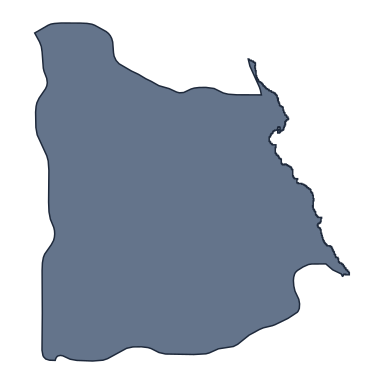 Santa Cruz de Barahona, Barahona, Dominican Republic
{"feature_id": "3306468B33433581758578", "entity_name": "Santa Cruz de Barahona", "entity_type": "district", "adm_level": 2, "iso_a3": "DOM", "parent_name": "Dominican Republic", "parent_adm1": "Barahona", "projection": "robinson", "projection_center": [-71.102, 18.188], "detail": "fine", "context": "isolated", "style": "filled", "palette": "slate", "viewbox_px": 384, "rotation_deg": 0, "n_neighbors": 0, "source": "geoboundaries", "source_scale": "gbopen_adm2", "svg_char_len": 5951}
<svg xmlns="http://www.w3.org/2000/svg" viewBox="0 0 384 384"><path d="M55.2,360.4L55.8,358.4L57.1,356.5L58.1,355.9L60.4,355.4L62.8,355.8L70.1,359.2L76.8,360.4L92.6,361.0L103.0,360.2L107.5,358.7L126.6,348.3L133.0,346.9L141.5,346.8L148.1,347.6L151.2,348.6L158.9,352.5L165.5,354.0L193.8,354.5L206.0,353.8L209.3,352.9L218.5,348.8L233.4,346.5L237.7,344.3L249.1,335.1L259.4,329.5L263.4,327.8L272.3,325.7L275.0,324.7L288.1,318.3L297.2,312.3L298.1,311.2L299.3,308.5L299.6,303.9L298.8,299.3L295.0,291.2L293.8,286.0L293.4,280.6L293.7,277.2L294.6,274.0L295.4,272.5L297.4,270.5L303.1,266.9L308.5,264.5L311.8,264.0L325.8,263.9L332.8,269.9L341.2,273.9L342.7,276.8L342.7,275.5L343.3,275.5L343.3,274.8L343.9,274.8L343.9,274.2L345.7,274.2L345.7,274.8L349.3,274.8L349.3,272.8L348.7,272.8L348.7,271.4L347.5,271.4L347.5,270.0L346.3,270.0L346.3,269.3L345.7,269.3L345.7,267.9L344.5,267.9L344.5,266.5L343.9,266.5L343.9,265.8L343.3,265.8L343.3,264.5L342.1,264.5L342.1,263.8L341.5,263.8L341.5,263.1L339.7,263.1L339.7,262.4L339.1,262.4L339.1,261.7L338.5,261.7L338.5,258.9L337.9,258.9L337.9,257.5L336.1,257.5L336.1,256.9L335.5,256.9L335.5,254.8L334.9,254.8L334.9,254.1L334.3,254.1L334.3,252.0L333.7,252.0L333.7,251.3L333.1,251.3L333.1,249.9L332.5,249.9L332.5,248.5L331.9,248.5L331.9,247.2L331.3,247.2L331.3,246.5L330.1,246.5L330.1,245.8L327.1,245.8L327.1,245.1L326.5,245.1L326.5,244.4L325.9,244.4L325.9,243.7L325.2,243.7L325.2,243.0L324.6,243.0L324.6,242.3L324.1,242.3L324.1,240.9L323.4,240.9L323.4,239.6L322.8,239.6L322.8,237.5L322.2,237.5L322.2,235.4L321.6,235.4L321.6,233.3L321.0,233.3L321.0,229.9L320.4,229.9L320.4,228.5L319.8,228.5L319.8,227.8L318.6,227.7L318.6,227.1L318.0,227.1L318.0,225.7L317.4,225.7L317.4,225.0L318.0,225.0L318.0,223.6L319.2,223.6L319.2,222.9L320.4,222.9L320.4,221.6L321.0,221.6L321.0,218.1L321.6,218.1L321.6,217.4L318.0,217.4L318.0,216.7L317.4,216.7L317.4,216.0L316.8,216.0L316.8,215.3L316.2,215.3L316.2,214.6L315.6,214.6L315.6,211.9L315.0,211.9L315.0,211.2L314.4,211.2L314.4,209.8L313.8,209.8L313.8,209.1L313.2,209.1L313.2,207.0L312.6,207.0L312.6,205.7L313.2,205.7L313.2,200.8L313.8,200.8L313.8,198.7L313.2,198.7L313.2,195.3L312.6,195.3L312.6,193.2L312.0,193.2L312.0,192.5L311.4,192.5L311.4,191.8L310.8,191.8L310.8,189.7L310.2,189.7L310.2,189.0L309.0,189.0L309.0,188.4L308.4,188.4L308.4,187.7L307.2,187.7L307.2,187.0L306.6,187.0L306.6,186.3L306.0,186.3L306.0,185.6L304.8,185.6L304.8,184.9L303.6,184.9L303.6,184.2L301.8,184.2L301.8,183.5L298.2,183.5L298.2,182.8L296.9,182.8L296.9,179.4L297.6,179.4L297.6,178.7L294.5,178.7L294.5,178.0L293.9,178.0L293.9,177.3L293.3,177.3L293.3,175.9L292.7,175.9L292.7,169.7L292.1,169.7L292.1,169.0L291.5,169.0L291.5,167.6L290.9,167.6L290.9,166.9L289.7,166.9L289.7,166.2L288.5,166.2L288.5,165.5L287.3,165.5L287.3,164.8L286.1,164.8L286.1,164.1L284.3,164.1L284.3,164.8L282.5,164.8L282.5,164.1L281.9,164.1L281.9,163.4L281.3,163.4L281.3,159.3L280.7,159.3L280.7,158.6L279.5,158.6L279.5,157.9L278.9,157.9L278.9,156.5L278.3,156.5L278.3,155.8L277.7,155.8L277.7,155.1L276.5,155.1L276.5,153.8L275.9,153.8L275.9,153.1L275.3,153.1L275.3,147.5L275.9,147.5L275.9,144.8L272.3,144.8L272.3,144.1L271.7,144.1L271.7,143.4L270.5,143.4L270.5,142.0L269.9,142.0L269.9,141.3L269.2,141.3L269.2,137.1L269.9,137.1L269.9,136.5L270.5,136.5L270.5,135.1L271.1,135.1L271.1,133.7L272.3,133.7L272.3,133.0L272.9,133.0L272.9,131.6L273.5,131.6L273.5,130.9L274.7,130.9L274.7,130.2L277.1,130.2L277.1,129.5L277.7,129.5L277.7,127.5L278.3,127.5L278.3,126.8L279.5,126.8L279.5,127.5L280.1,127.5L280.1,129.5L278.9,129.5L278.9,130.2L277.7,130.2L277.7,133.0L279.5,133.0L279.5,132.3L280.1,132.3L280.1,131.6L280.7,131.6L280.7,130.9L281.9,130.9L281.9,130.2L283.1,130.2L283.1,129.5L283.7,129.5L283.7,127.5L284.3,127.5L284.3,126.1L284.9,126.1L284.9,124.7L285.5,124.7L285.5,123.3L284.9,123.3L284.9,121.9L285.5,121.9L285.5,121.2L286.1,121.2L286.1,120.5L286.7,120.5L286.7,119.8L287.9,119.8L287.9,119.2L288.5,119.2L288.5,118.5L287.9,118.5L287.9,117.1L286.7,117.1L286.7,115.7L286.1,115.7L286.1,115.0L284.9,115.0L284.9,112.9L284.3,112.9L284.3,112.2L283.7,112.2L283.7,110.2L283.1,110.2L283.1,107.4L282.5,107.4L282.5,106.7L281.3,106.7L281.3,106.0L280.1,106.0L280.1,105.3L279.5,105.3L279.5,103.2L278.9,103.2L278.9,101.9L278.3,101.9L278.3,100.5L277.7,100.5L277.7,99.1L278.3,99.1L278.3,98.4L277.7,98.4L277.7,97.7L277.1,97.7L277.1,95.6L276.5,95.6L276.5,94.9L275.9,94.9L275.9,94.3L275.3,94.3L275.3,93.5L274.7,93.5L274.7,92.9L273.5,92.9L273.5,92.2L271.7,92.2L271.7,91.5L271.1,91.5L271.1,90.8L269.2,90.8L269.2,90.1L268.7,90.1L268.7,89.4L267.4,89.4L267.4,88.7L266.2,88.7L266.2,88.0L265.6,88.0L265.6,87.3L265.0,87.3L265.0,86.6L264.4,86.6L264.4,85.9L263.2,85.9L263.2,84.6L262.6,84.6L262.6,83.9L262.0,83.9L262.0,83.2L261.4,83.2L261.4,82.5L260.2,82.5L260.2,81.8L259.0,81.8L259.0,81.1L258.4,81.1L258.4,79.7L257.8,79.7L257.8,79.0L257.2,79.0L257.2,77.6L256.6,77.6L256.6,75.6L256.0,75.6L256.0,70.7L255.4,70.7L255.4,68.0L254.8,68.0L254.8,65.9L255.4,65.9L255.4,63.1L254.8,63.1L254.8,62.4L253.6,62.4L253.6,61.7L253.0,61.7L253.0,61.0L251.2,61.0L251.2,60.3L249.4,60.3L249.4,59.6L248.8,59.6L248.8,59.0L248.2,59.0L249.9,66.1L259.4,87.1L260.4,90.1L261.4,94.9L236.8,94.8L228.2,94.2L223.3,93.0L214.1,88.5L205.9,87.4L199.1,87.5L194.2,88.1L191.1,89.0L183.7,92.5L179.4,92.8L176.7,92.1L169.1,88.6L158.9,85.7L151.3,81.4L145.9,78.8L138.4,74.3L131.6,71.1L119.1,63.8L116.1,60.5L114.1,56.2L113.5,52.7L112.7,42.0L111.7,38.5L110.3,35.8L108.5,33.5L106.2,31.6L94.8,25.3L91.9,24.2L87.0,23.4L80.2,23.1L61.3,23.0L54.3,23.5L50.9,24.1L48.0,25.3L34.7,33.0L39.6,42.0L41.3,46.5L42.1,51.9L43.3,68.2L44.1,71.5L46.7,78.3L47.3,82.8L46.8,85.9L45.5,88.8L39.1,98.1L36.9,102.8L36.1,106.4L35.6,112.1L35.9,127.5L37.2,134.9L46.8,155.8L48.2,160.9L48.9,170.5L48.6,202.1L49.0,211.9L50.4,219.2L53.8,227.5L54.5,230.7L54.7,233.9L54.4,237.2L53.6,240.4L51.3,244.7L44.7,254.1L43.4,257.4L42.4,262.9L42.1,270.6L42.3,313.5L42.0,350.2L42.9,355.3L43.5,356.7L45.7,359.0L49.5,360.2L55.2,360.4Z" fill="#64748b" stroke="#1e293b" stroke-width="1.5"/></svg>